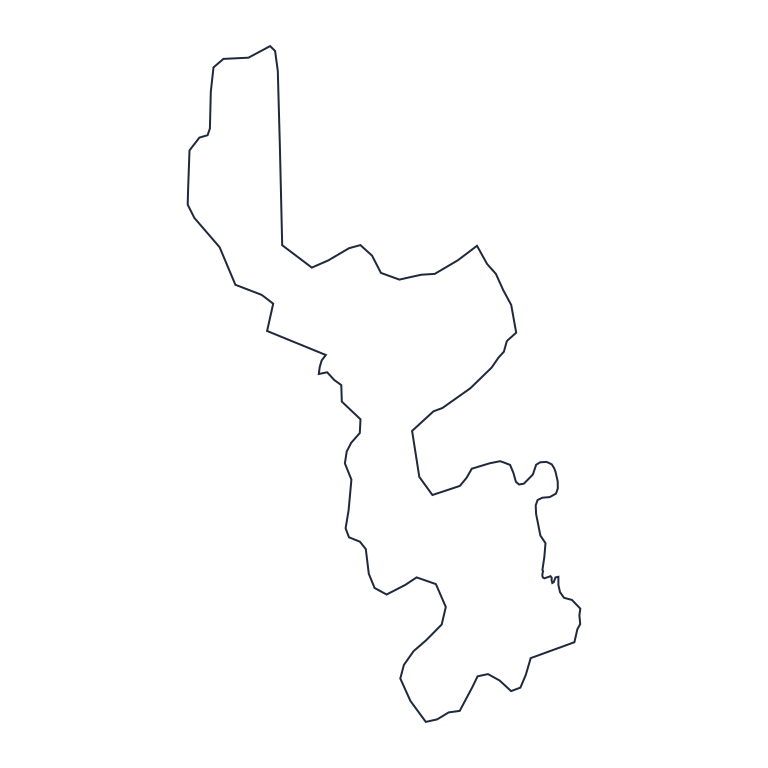 Bomadi, Delta, Nigeria (Equal Earth projection), rotated 180°
{"feature_id": "59680162B43870676483034", "entity_name": "Bomadi", "entity_type": "district", "adm_level": 2, "iso_a3": "NGA", "parent_name": "Nigeria", "parent_adm1": "Delta", "projection": "equal_earth", "projection_center": [5.801, 5.229], "detail": "fine", "context": "isolated", "style": "outline", "palette": "slate", "viewbox_px": 768, "rotation_deg": 180, "n_neighbors": 0, "source": "geoboundaries", "source_scale": "gbopen_adm2", "svg_char_len": 1905}
<svg xmlns="http://www.w3.org/2000/svg" viewBox="0 0 768 768"><g transform="rotate(180 384 384)"><path d="M580.3,563.3L573.6,550.0L548.4,520.8L532.6,483.2L506.3,473.1L494.8,464.3L500.9,437.0L442.2,413.0L446.3,407.6L448.3,400.9L449.2,394.0L440.8,395.7L433.8,388.0L426.7,382.9L426.2,366.4L407.5,348.7L408.2,335.0L416.8,325.2L421.3,316.5L423.1,304.6L416.6,288.4L419.4,257.7L422.4,239.7L419.0,230.7L408.1,226.3L402.2,218.9L399.2,194.2L393.4,180.0L381.4,173.5L362.7,183.1L351.4,190.6L332.1,183.9L322.2,161.0L326.3,143.5L341.8,127.8L354.3,117.0L364.1,103.1L367.7,89.5L357.6,67.1L342.2,46.1L330.9,48.6L319.3,55.6L308.3,57.1L295.7,80.8L290.4,91.7L280.0,93.9L268.4,87.5L256.9,76.9L247.6,80.4L242.2,93.1L237.3,109.9L193.6,125.8L190.6,138.9L187.8,143.9L188.6,152.6L187.7,159.4L196.1,168.1L204.0,170.2L208.0,175.9L209.6,183.0L209.6,191.2L212.5,190.6L214.3,185.8L215.7,185.0L216.4,187.5L216.3,190.3L217.5,191.8L223.5,189.7L225.0,190.4L225.7,192.2L225.4,195.1L224.9,196.9L225.6,198.0L223.7,210.6L222.5,224.8L227.6,232.4L231.9,254.0L232.3,262.6L230.4,268.0L225.6,270.3L218.3,270.9L212.0,274.4L210.2,279.6L210.3,286.6L212.5,296.3L214.0,300.1L216.3,303.7L221.4,306.1L227.9,305.7L231.9,303.2L235.1,293.5L240.8,287.7L244.2,284.3L249.0,283.5L252.1,286.2L254.6,295.1L257.9,303.1L264.4,305.6L267.9,306.8L278.4,304.7L296.2,299.3L301.5,290.1L308.1,282.1L335.6,273.0L348.7,291.1L355.9,337.1L334.5,356.7L325.6,360.0L297.6,379.8L276.4,400.4L269.5,410.4L264.1,416.3L261.3,426.5L260.4,427.7L251.8,435.3L256.8,463.1L264.7,477.7L272.1,494.1L280.9,504.0L291.0,522.2L310.2,507.7L333.3,494.1L346.5,493.3L358.0,490.8L368.6,488.4L387.1,495.1L395.9,512.3L407.6,522.9L419.0,519.8L439.7,507.6L456.2,500.4L485.8,522.8L488.1,620.8L490.2,697.0L492.9,717.0L497.9,721.9L519.6,710.3L544.6,709.1L554.5,700.6L557.2,676.2L558.1,639.5L560.4,632.8L568.6,630.4L578.5,617.6L579.9,578.5L580.3,563.3Z" fill="none" stroke="#1e293b" stroke-width="2"/></g></svg>